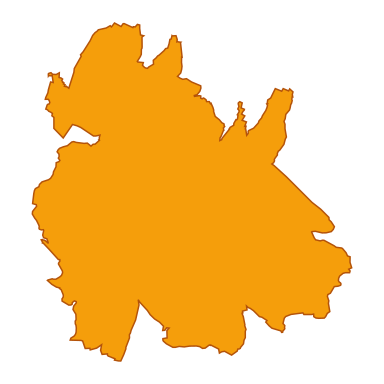 Tlapanalá, Puebla, Mexico (Mercator projection)
{"feature_id": "50627088B76053764964540", "entity_name": "Tlapanalá", "entity_type": "district", "adm_level": 2, "iso_a3": "MEX", "parent_name": "Mexico", "parent_adm1": "Puebla", "projection": "mercator", "projection_center": [-98.531, 18.695], "detail": "fine", "context": "isolated", "style": "filled", "palette": "amber", "viewbox_px": 384, "rotation_deg": 0, "n_neighbors": 0, "source": "geoboundaries", "source_scale": "gbopen_adm2", "svg_char_len": 5835}
<svg xmlns="http://www.w3.org/2000/svg" viewBox="0 0 384 384"><path d="M41.2,239.8L42.9,242.8L42.6,243.0L43.6,243.5L49.2,249.4L58.4,259.6L59.8,259.6L59.9,261.1L58.5,263.2L58.5,264.1L62.4,271.0L62.6,272.8L61.5,275.4L59.8,276.9L55.9,279.2L53.5,279.2L52.2,278.8L47.9,280.0L47.4,280.4L51.9,284.4L56.4,287.1L59.7,287.9L59.5,288.5L61.2,289.7L63.3,295.0L63.2,297.1L62.0,298.9L62.1,301.1L68.8,305.1L70.9,305.0L72.1,304.3L72.3,302.6L74.4,300.9L76.2,301.6L76.3,302.8L73.7,306.1L73.0,309.5L75.9,314.3L76.1,319.7L75.2,321.1L75.3,323.9L76.0,325.3L76.3,328.0L76.1,332.3L75.4,334.4L74.1,336.1L70.8,338.2L70.2,340.1L80.8,340.4L82.6,340.9L85.2,348.5L89.9,348.3L90.2,349.9L96.7,348.1L101.6,344.7L100.6,350.4L102.1,354.4L107.4,353.9L107.4,355.0L108.1,356.0L115.0,358.8L114.5,360.1L118.3,360.9L120.8,361.0L123.7,354.7L125.9,348.8L125.8,347.6L126.3,346.3L129.5,337.9L129.4,334.7L130.4,333.1L131.1,330.3L135.6,320.0L139.0,305.0L138.2,299.7L139.8,302.2L147.4,310.5L150.2,314.7L154.5,318.9L159.5,322.1L163.5,326.2L162.7,330.5L164.8,330.3L166.6,327.8L169.1,328.1L166.9,330.6L167.1,337.9L162.9,338.6L162.9,340.1L163.4,341.2L166.4,343.8L172.8,347.3L175.4,347.3L179.2,346.4L184.2,346.9L189.7,346.1L196.4,346.0L199.7,346.6L202.5,348.4L205.2,348.1L209.3,345.0L210.4,345.4L210.7,345.0L218.6,349.0L219.4,353.1L221.6,351.8L224.6,351.3L231.6,355.1L237.2,351.1L237.8,349.1L239.4,348.9L240.3,348.3L240.5,347.5L243.5,343.8L244.0,340.3L245.3,337.6L245.3,331.3L246.0,329.4L244.7,325.6L244.9,324.9L243.3,316.6L242.1,313.6L242.4,312.5L242.8,312.6L242.5,311.1L247.0,309.9L246.5,306.0L248.3,307.6L250.1,308.3L253.4,310.6L259.4,316.6L261.9,317.2L267.0,320.5L265.8,322.1L269.1,325.8L271.9,328.2L280.9,330.9L281.6,332.4L282.6,332.3L283.0,330.8L284.5,329.3L284.8,328.4L284.5,327.6L284.8,325.6L283.0,323.5L284.3,318.2L285.7,316.5L291.1,314.4L302.9,312.9L303.9,314.5L311.5,314.5L313.6,314.1L313.8,316.7L315.9,318.0L318.7,318.3L324.2,318.1L325.6,316.7L327.3,313.4L329.8,311.6L328.4,303.3L328.8,300.8L327.4,296.5L327.8,294.6L330.4,293.2L334.3,286.6L338.0,286.2L340.6,285.3L341.0,284.0L340.5,282.9L339.2,282.0L338.4,280.6L338.7,278.1L339.7,276.0L343.1,273.3L345.5,272.7L349.6,272.7L350.1,271.0L348.7,269.2L351.7,267.8L350.0,262.3L350.1,256.8L347.5,255.9L346.1,252.8L342.5,248.5L341.6,248.0L336.2,247.3L334.0,245.7L324.0,240.3L322.6,240.2L320.2,240.9L315.6,239.8L314.2,237.8L311.6,232.0L312.0,231.6L315.4,231.3L322.2,232.9L326.2,232.8L331.3,231.6L333.3,229.4L334.4,226.7L331.2,221.8L329.1,219.8L328.9,217.4L320.7,209.2L312.0,202.4L286.5,176.9L274.1,165.6L271.9,164.0L273.6,162.7L274.5,160.9L274.3,159.6L274.7,158.7L277.4,155.0L277.3,153.5L278.3,151.2L279.7,150.2L283.9,144.4L285.3,139.1L286.4,137.0L285.0,128.7L285.0,124.3L284.0,121.4L285.2,118.7L285.8,114.4L289.5,110.0L290.1,108.0L290.8,104.3L291.4,103.7L292.2,100.6L291.8,99.3L292.3,96.4L292.7,96.6L292.3,94.5L293.0,91.9L289.7,88.9L288.6,90.9L283.2,88.6L281.7,91.2L275.3,88.6L270.7,98.0L267.7,100.0L267.2,103.2L267.6,103.6L266.7,103.9L267.5,105.1L267.1,107.2L265.8,110.5L262.4,115.8L261.6,117.9L259.0,120.9L258.3,123.0L253.6,128.2L248.8,130.5L248.2,131.2L248.2,133.4L246.7,135.3L245.7,129.0L245.3,128.9L246.0,126.3L244.7,126.4L246.4,121.9L242.1,120.3L244.8,115.9L241.6,114.1L242.9,111.5L244.1,110.3L244.4,109.3L241.1,107.9L242.2,102.9L239.8,101.7L238.4,102.8L238.2,103.8L238.9,106.5L237.8,109.0L239.1,110.5L239.0,112.0L237.3,114.8L238.0,115.2L237.5,118.8L236.7,119.8L236.0,119.6L233.9,123.3L233.7,125.3L230.2,127.3L229.1,129.0L229.4,129.2L222.0,138.4L221.7,139.7L219.8,140.6L220.1,137.8L221.2,136.1L223.4,130.5L223.8,130.4L223.4,127.9L224.7,126.5L224.1,125.6L224.1,124.4L223.9,123.8L221.9,122.8L219.3,119.7L215.2,116.4L213.6,111.4L213.7,110.1L212.9,107.4L211.0,103.2L210.4,103.7L209.3,101.6L206.6,101.6L206.0,99.7L204.1,98.3L203.3,98.0L202.2,98.8L200.7,98.2L200.8,96.0L199.4,95.6L194.5,96.4L194.3,95.5L197.0,94.7L199.8,91.4L200.9,88.1L200.7,85.8L191.6,82.0L186.5,78.7L182.8,79.3L180.3,78.3L177.5,76.4L180.7,73.0L181.6,69.6L182.0,66.3L181.5,62.4L181.6,57.1L182.1,57.2L180.5,42.5L180.8,42.2L178.1,41.9L177.5,41.4L176.9,41.7L177.2,39.4L176.0,35.7L172.3,35.9L172.0,35.6L171.2,39.0L169.9,39.4L169.1,43.7L167.7,48.1L165.6,48.6L164.0,50.7L159.0,55.2L157.6,56.0L156.1,57.9L153.3,60.3L153.5,64.2L148.7,67.0L147.5,68.3L145.6,68.0L144.5,67.4L142.5,65.3L143.3,62.6L137.8,62.0L137.3,61.4L140.3,56.6L141.3,54.3L141.4,49.3L142.0,48.2L142.1,46.6L142.0,37.0L143.7,35.8L140.5,34.9L139.7,28.5L139.7,25.0L137.4,24.4L135.2,26.9L133.3,26.7L132.9,27.6L124.2,23.6L123.1,23.7L121.1,26.5L114.5,23.0L111.5,26.9L110.2,25.7L106.2,28.0L98.3,29.8L97.1,31.2L95.1,32.6L92.7,35.4L90.1,40.8L83.2,51.7L80.5,54.8L81.2,56.3L74.3,68.5L73.9,72.3L68.8,88.2L66.3,86.3L66.0,86.7L64.4,86.3L65.1,84.8L63.5,84.0L64.0,83.0L62.6,82.3L62.8,81.7L61.7,80.5L62.6,79.1L61.3,78.1L59.1,77.5L59.3,72.8L56.2,74.5L53.0,74.3L52.3,74.7L52.4,74.1L51.0,72.7L48.9,73.3L48.3,73.9L48.4,76.0L48.6,75.7L52.2,75.8L53.2,82.5L50.6,82.0L48.4,89.7L47.9,92.8L45.7,97.6L45.3,99.3L48.2,99.3L49.2,100.5L49.8,102.6L49.2,103.9L47.8,104.3L47.2,104.9L45.8,109.1L47.5,109.8L48.8,111.3L50.6,112.1L52.4,113.4L51.9,115.8L53.9,117.4L53.9,128.4L63.2,138.0L72.5,124.5L77.1,125.8L80.8,127.5L93.5,136.0L95.7,136.0L100.0,135.1L99.3,137.5L99.3,139.4L98.8,139.8L99.4,140.3L95.2,144.1L93.0,144.3L91.0,146.1L87.3,143.1L84.1,143.4L76.2,142.4L73.7,141.6L71.8,142.0L67.4,145.7L63.3,146.8L59.6,148.3L58.2,149.7L57.1,151.8L59.0,154.2L59.1,156.6L58.3,158.1L59.9,160.4L59.0,161.6L56.2,162.7L56.0,166.8L53.5,171.8L53.1,174.4L50.6,178.3L48.6,179.7L42.0,181.9L39.5,184.4L38.9,186.7L35.4,188.6L34.4,190.6L33.8,193.6L32.6,203.6L36.3,204.7L36.6,206.3L32.6,211.4L32.3,214.0L34.7,218.1L36.5,220.4L38.7,224.9L39.2,226.1L39.0,228.3L39.4,229.2L41.4,229.9L43.4,229.7L43.7,230.5L42.7,235.1L43.6,237.7L46.9,238.8L48.2,242.7L48.0,243.0L45.7,241.0L43.9,240.0L43.0,240.1L42.4,239.5L41.2,239.8Z" fill="#f59e0b" stroke="#b45309" stroke-width="1.5"/></svg>